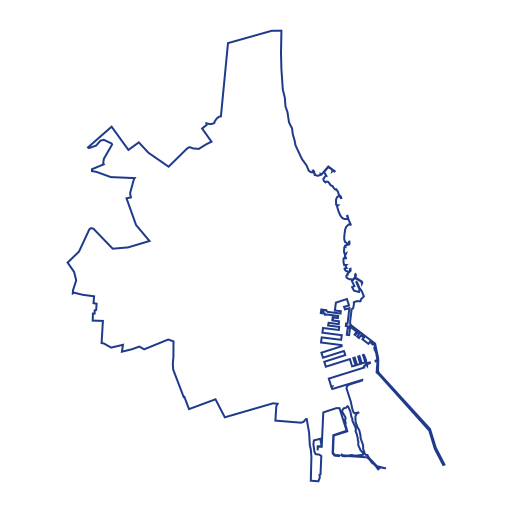 the district of Constanta, Constanta, Romania
{"feature_id": "2599482B843815366907", "entity_name": "Constanta", "entity_type": "district", "adm_level": 2, "iso_a3": "ROU", "parent_name": "Romania", "parent_adm1": "Constanta", "projection": "albers", "projection_center": [28.637, 44.187], "detail": "fine", "context": "isolated", "style": "outline", "palette": "blue", "viewbox_px": 512, "rotation_deg": 0, "n_neighbors": 0, "source": "geoboundaries", "source_scale": "gbopen_adm2", "svg_char_len": 6092}
<svg xmlns="http://www.w3.org/2000/svg" viewBox="0 0 512 512"><path d="M111.2,347.6L123.0,344.8L121.9,351.7L132.1,349.2L139.3,346.6L144.2,349.3L168.3,339.5L173.5,341.4L173.4,357.0L172.8,364.1L173.2,369.6L183.7,397.1L184.4,396.9L189.0,409.1L215.5,399.3L224.8,417.3L273.1,403.3L277.6,403.8L276.3,406.3L275.4,420.6L301.1,422.7L303.5,421.9L305.8,419.2L306.7,419.0L309.1,432.6L309.8,445.2L310.8,449.4L311.4,456.9L310.8,480.7L318.4,481.3L319.8,477.6L319.5,474.9L320.5,474.4L321.3,456.1L319.5,454.7L315.6,454.1L314.4,451.7L313.4,444.1L313.9,440.4L320.2,438.8L321.4,444.5L321.3,446.2L317.7,446.3L317.6,450.3L318.0,446.7L321.7,446.8L323.3,412.4L336.4,408.1L339.5,408.2L346.6,430.7L333.3,435.2L332.6,453.3L334.5,455.6L339.0,456.1L339.4,455.7L339.0,455.2L335.0,455.1L333.0,452.9L333.7,435.6L347.3,431.3L345.3,424.4L345.7,423.1L344.9,419.9L345.6,418.7L345.3,417.1L342.0,411.3L342.4,410.1L343.7,408.3L345.8,407.9L347.6,406.2L348.3,406.9L350.4,411.6L351.4,416.9L352.4,418.6L352.4,420.9L355.3,427.0L356.0,429.6L355.5,431.0L356.9,434.5L357.8,438.5L357.8,440.4L358.4,441.5L358.2,444.9L360.5,450.2L363.1,453.1L363.3,454.0L363.0,454.8L355.5,455.7L351.4,455.0L348.1,455.6L343.3,455.4L341.6,454.6L341.4,455.1L342.4,456.0L344.2,456.3L348.7,456.1L366.9,457.3L369.4,459.4L372.4,463.3L373.3,463.5L376.1,466.4L378.1,469.3L379.1,468.5L377.5,466.8L386.0,468.4L376.9,466.2L368.8,457.6L367.4,455.0L365.9,454.9L364.9,454.0L363.2,449.1L363.1,445.2L360.6,438.2L360.5,435.5L359.3,430.3L357.4,427.0L355.6,422.1L355.4,416.5L356.6,413.7L359.2,412.3L354.5,413.3L353.5,412.3L352.3,408.9L350.8,401.7L346.5,388.3L346.6,387.4L347.8,385.4L348.9,384.7L362.1,380.5L362.2,379.9L332.3,389.0L331.6,387.4L332.2,386.5L331.3,386.7L328.8,378.6L364.0,367.6L363.6,367.2L364.2,365.8L365.5,365.4L365.6,364.5L366.1,364.3L367.1,365.7L367.1,364.1L369.1,363.6L370.0,363.0L369.8,362.4L366.4,363.4L366.0,360.0L364.1,355.2L363.5,354.8L363.0,355.0L365.3,362.3L361.8,363.4L359.5,356.1L358.2,356.6L360.3,364.0L357.1,364.9L354.7,357.6L353.3,358.1L355.6,365.4L354.4,365.8L352.1,366.3L349.9,359.1L325.8,366.7L324.3,361.8L345.2,355.1L344.8,353.4L343.9,351.0L323.0,357.7L321.4,352.7L342.4,346.0L341.8,346.0L341.8,345.4L342.3,345.2L321.0,342.5L321.7,337.4L341.1,339.8L341.8,335.2L322.4,332.7L323.0,328.0L338.8,330.0L339.2,326.9L328.1,325.5L328.6,322.8L338.7,324.1L339.0,321.3L332.3,320.4L332.5,319.0L333.0,319.1L333.0,318.7L332.5,318.6L332.7,317.4L337.9,318.1L338.2,316.0L327.6,314.6L324.9,314.7L324.8,313.6L320.8,313.1L321.1,311.2L324.5,311.6L321.1,310.9L321.3,309.5L326.3,310.2L326.3,310.8L327.6,311.9L340.5,313.5L340.8,311.2L334.9,310.5L335.9,302.6L346.9,299.0L349.0,305.3L349.8,305.3L344.1,306.8L345.0,309.4L349.4,308.2L347.5,323.7L346.0,323.6L345.8,326.0L347.9,326.3L346.8,334.8L349.1,335.1L350.0,328.2L349.6,328.1L349.9,326.5L356.7,331.7L354.6,334.6L355.3,335.1L357.3,332.4L359.3,333.8L357.2,336.6L359.0,338.0L361.0,335.4L363.9,337.6L362.5,339.3L368.4,343.8L370.2,341.6L371.6,342.6L371.4,343.4L372.7,344.4L373.3,343.9L374.7,345.1L375.0,347.3L374.3,347.7L374.7,349.9L375.6,350.0L375.5,351.6L376.1,352.6L377.4,359.7L375.5,360.7L375.7,361.4L377.5,361.0L376.6,372.4L378.8,374.3L429.3,430.6L434.8,448.8L443.2,465.0L444.4,464.5L435.7,447.6L430.0,429.0L378.9,373.0L378.0,370.8L378.3,360.6L378.1,357.9L375.1,343.6L351.5,325.6L350.2,323.9L350.1,321.8L351.6,309.3L353.1,308.3L354.0,303.9L353.8,302.3L356.9,301.1L360.1,301.4L360.7,300.9L360.8,299.5L363.9,296.4L361.9,291.4L359.4,287.8L356.8,281.8L357.1,281.4L356.3,282.1L359.6,289.7L359.0,292.0L354.0,290.7L352.1,287.1L354.4,286.1L351.9,281.0L354.9,278.1L360.8,281.3L361.5,281.9L361.9,283.7L362.3,282.7L361.9,281.6L355.3,277.5L356.0,275.3L355.5,274.1L355.2,274.3L355.0,277.3L352.9,279.5L349.4,279.2L347.0,278.0L346.4,277.2L346.4,275.6L347.3,274.9L347.9,275.5L347.4,273.8L350.6,270.8L350.5,268.8L350.0,269.0L349.8,270.8L348.4,271.8L346.1,271.0L344.7,269.6L344.6,268.5L346.5,268.0L346.0,267.6L345.8,265.5L346.3,265.0L344.2,265.1L343.5,262.2L343.5,259.1L343.9,258.1L344.7,257.5L345.5,258.4L346.0,258.3L345.9,257.5L345.0,257.0L345.0,254.9L345.7,254.4L346.0,253.5L345.3,254.0L344.5,253.6L344.0,251.7L344.3,247.3L344.8,246.4L345.5,246.7L345.4,245.5L349.3,244.3L349.5,242.3L349.4,241.6L349.1,241.7L348.8,243.7L347.9,243.8L345.0,241.9L344.2,239.0L344.4,234.9L345.2,229.3L346.3,226.7L348.8,224.4L350.0,224.1L350.6,225.5L350.7,224.5L348.4,219.3L347.5,215.8L347.1,216.0L347.8,218.2L346.8,219.1L344.3,219.0L342.1,217.9L340.4,215.6L338.4,211.0L337.0,206.1L338.0,205.3L336.5,205.2L336.1,204.4L336.0,199.8L336.9,197.4L339.1,195.6L340.9,198.1L341.3,198.0L340.9,196.7L338.9,194.7L337.9,191.7L336.3,189.3L335.4,189.6L333.9,188.2L332.5,186.0L330.8,185.4L328.3,182.0L326.6,181.5L325.5,182.4L324.2,181.3L323.5,179.8L323.3,179.0L324.5,177.3L325.5,176.1L326.4,175.9L324.1,172.1L327.6,167.8L328.9,167.5L330.5,168.5L332.6,170.2L332.3,171.3L333.0,170.7L334.4,171.5L334.7,171.2L328.3,166.5L321.5,174.5L320.5,173.9L320.5,174.9L317.9,175.8L314.8,175.0L315.0,174.2L314.0,173.3L314.3,171.9L313.4,170.5L313.0,170.6L313.4,171.3L313.2,171.8L311.9,172.4L310.3,171.9L308.7,170.5L306.4,165.2L301.9,159.0L295.5,145.3L294.6,140.5L292.7,133.9L292.1,128.5L289.0,122.3L287.4,111.8L285.5,106.6L284.8,97.5L282.8,89.6L281.4,68.9L281.0,53.4L281.4,30.7L271.6,30.8L228.0,43.1L220.9,116.4L218.9,116.8L216.8,118.4L214.6,121.6L214.3,123.0L213.0,123.6L210.3,124.2L206.4,123.3L206.6,125.0L202.1,128.5L211.5,141.7L206.4,144.2L198.8,148.9L192.9,148.4L190.0,147.2L188.9,147.4L187.2,148.4L168.6,166.7L148.6,152.9L138.8,142.4L128.4,149.9L111.6,126.7L88.0,147.4L88.5,148.0L90.4,147.7L96.2,145.5L100.4,140.7L103.8,139.8L111.6,143.5L112.1,144.5L103.8,158.9L103.2,163.4L103.8,164.3L92.0,169.2L92.0,171.1L96.2,171.8L110.9,177.1L134.7,178.1L133.9,179.2L130.4,192.0L130.1,193.2L130.9,197.4L126.5,198.3L136.1,225.1L149.5,241.0L128.1,247.4L112.7,248.7L93.5,228.8L91.2,228.1L89.7,228.9L88.9,230.3L79.0,251.6L67.6,262.6L74.1,271.9L76.2,280.4L73.0,290.3L72.8,293.4L74.1,292.7L82.8,294.8L94.1,296.3L93.5,303.2L96.6,303.7L96.2,309.8L95.7,310.3L94.7,310.4L94.6,313.6L92.9,313.6L92.7,320.6L102.9,320.9L101.6,343.1L103.7,343.4L111.2,347.6Z" fill="none" stroke="#1e3a8a" stroke-width="2"/></svg>